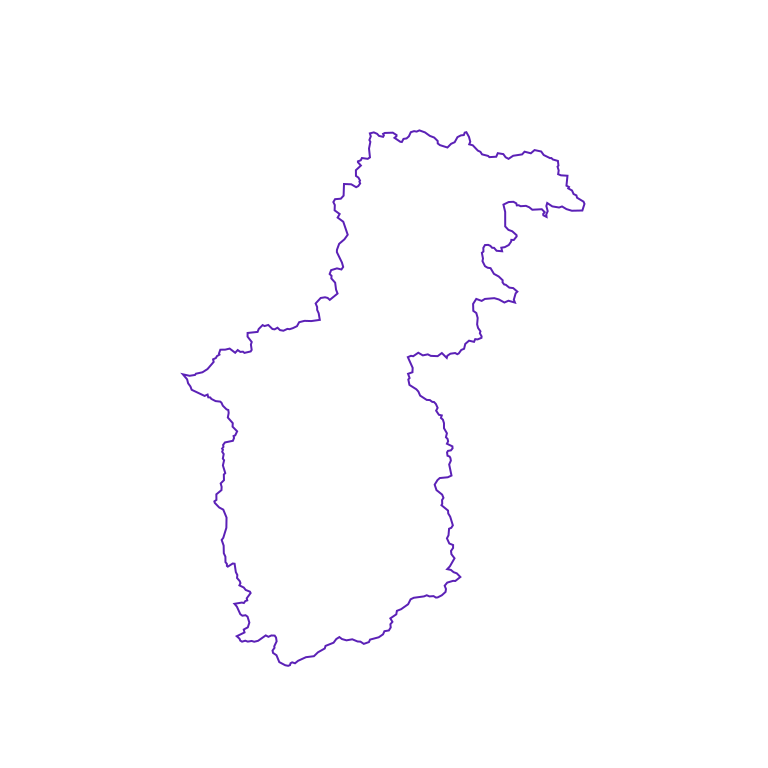 Quispicanchi, Cusco, Peru (Natural Earth projection), rotated 138°
{"feature_id": "86281439B28575146552042", "entity_name": "Quispicanchi", "entity_type": "district", "adm_level": 2, "iso_a3": "PER", "parent_name": "Peru", "parent_adm1": "Cusco", "projection": "natural_earth1", "projection_center": [-71.156, -13.517], "detail": "fine", "context": "isolated", "style": "outline", "palette": "violet", "viewbox_px": 768, "rotation_deg": 138, "n_neighbors": 0, "source": "geoboundaries", "source_scale": "gbopen_adm2", "svg_char_len": 6166}
<svg xmlns="http://www.w3.org/2000/svg" viewBox="0 0 768 768"><g transform="rotate(138 384 384)"><path d="M226.8,579.7L228.1,576.9L231.6,575.1L232.1,573.1L237.6,569.0L242.8,561.8L245.4,562.2L249.2,566.7L251.6,565.8L254.4,566.9L255.0,566.2L255.0,561.8L261.8,561.7L265.6,557.4L264.9,554.5L265.7,551.2L266.9,550.8L267.5,549.0L270.7,548.3L273.0,548.9L274.7,554.3L279.9,559.4L288.0,551.0L292.1,550.6L296.7,554.1L299.9,553.1L300.8,549.9L304.5,546.1L303.2,540.0L307.1,538.7L305.7,531.8L311.1,519.2L316.6,518.0L323.5,518.2L329.2,515.2L330.8,513.5L334.0,502.4L336.0,498.3L339.0,497.6L341.6,501.4L347.1,504.0L350.8,502.1L350.6,499.5L352.5,497.7L352.5,492.0L356.5,486.2L358.0,482.3L368.0,482.8L368.3,485.7L369.8,487.9L373.5,490.3L380.9,489.6L382.2,485.9L384.1,483.8L385.2,480.3L388.8,474.6L395.9,479.4L400.8,484.1L405.7,486.7L410.0,485.2L414.4,486.5L417.5,487.9L418.9,489.6L423.1,490.9L425.2,493.6L425.5,497.1L428.7,497.8L430.1,499.5L430.5,505.3L434.0,507.0L434.8,509.0L440.3,508.7L443.1,507.3L451.2,513.2L453.7,510.5L454.2,503.7L456.5,502.4L459.5,497.9L461.3,497.4L466.9,500.5L467.2,502.4L469.3,504.0L470.0,507.1L473.7,506.8L475.0,513.6L478.9,515.7L482.7,519.0L486.2,517.1L486.6,515.9L489.5,516.5L491.6,515.8L494.5,516.7L495.8,514.4L505.2,513.2L511.1,514.2L516.9,517.5L518.4,517.2L523.0,520.2L527.0,525.8L527.2,519.2L529.1,515.6L529.5,511.7L530.8,508.4L525.3,495.2L522.2,494.2L523.5,491.7L522.1,490.2L522.3,488.5L520.6,484.0L517.5,480.5L517.3,478.9L518.3,475.7L518.0,470.5L517.1,468.9L518.8,466.4L522.5,463.6L522.6,456.1L525.1,453.6L524.8,447.1L528.9,445.4L530.6,446.0L531.6,444.2L534.3,442.9L541.3,447.0L544.3,446.4L545.4,444.7L547.6,444.3L547.7,442.9L549.6,441.9L550.0,439.2L553.7,436.4L553.9,434.3L558.2,431.3L561.6,424.0L563.6,423.9L567.3,419.6L571.9,419.4L573.5,416.2L575.8,413.9L582.4,414.2L586.1,410.0L588.6,410.3L589.3,408.9L589.1,402.5L587.5,398.2L590.4,390.1L597.4,382.6L606.4,377.2L609.0,376.7L611.3,371.2L616.3,365.4L617.4,361.8L621.0,357.7L621.1,355.5L622.5,353.9L622.3,352.8L616.5,351.8L615.3,350.4L620.0,343.3L620.8,340.2L623.0,338.2L623.1,334.0L623.9,332.1L626.2,331.1L624.4,326.6L624.6,323.5L622.6,319.4L623.0,317.9L629.4,316.6L630.4,314.7L632.3,315.5L634.7,315.0L635.9,316.7L642.2,320.7L642.3,317.0L644.8,309.1L644.3,306.6L641.6,304.8L641.1,302.4L643.7,296.8L648.0,294.3L652.5,295.4L653.9,292.7L662.2,295.1L661.8,291.5L662.5,289.5L661.9,287.5L658.9,286.1L657.6,283.7L654.3,281.6L652.9,279.3L649.4,277.4L640.1,276.3L639.1,273.5L636.0,272.5L633.6,270.2L633.9,267.8L636.0,264.6L641.1,262.5L641.9,261.2L645.2,260.5L646.4,258.4L645.4,254.4L647.9,247.4L645.6,241.1L643.8,238.7L642.0,238.0L640.3,239.0L638.5,238.6L637.0,236.0L633.1,235.8L624.8,233.2L618.2,228.6L612.6,228.8L605.0,227.1L602.7,228.5L594.6,225.5L590.1,226.4L586.5,225.8L585.9,222.6L583.4,218.6L578.4,215.5L575.9,210.3L573.9,208.3L572.9,204.4L567.9,202.3L565.4,203.4L557.4,199.3L552.2,198.6L549.1,200.0L545.3,197.6L541.9,198.6L540.0,201.2L536.9,201.6L536.1,205.6L529.0,204.6L526.2,206.8L522.0,205.2L513.4,204.2L508.3,206.2L504.9,205.2L496.4,199.4L493.6,198.4L492.3,195.7L489.1,193.2L488.3,190.5L486.9,189.5L482.4,188.3L477.4,188.3L475.1,190.2L473.9,193.5L469.9,194.1L464.4,191.5L462.8,189.9L456.4,189.5L456.6,194.6L458.2,197.6L458.7,201.1L460.9,204.1L457.1,204.4L448.2,207.3L447.8,212.4L445.9,215.1L442.4,215.9L440.4,218.1L442.2,221.8L440.5,227.2L437.3,228.4L432.5,232.9L430.2,232.1L427.4,232.9L423.6,241.1L422.9,244.8L421.1,247.1L422.4,255.5L420.9,256.0L418.5,258.9L416.0,259.6L414.8,262.9L416.0,270.0L413.7,275.3L408.6,276.8L405.5,276.8L399.0,272.0L395.1,270.8L389.4,280.6L385.6,282.3L384.2,284.5L383.8,286.2L384.8,288.2L382.9,291.0L381.2,291.5L378.7,289.9L376.1,290.3L374.9,291.9L377.2,297.5L374.7,298.5L373.5,300.7L373.6,303.0L370.2,305.3L369.0,311.0L365.6,314.8L364.1,318.1L364.4,320.7L362.1,322.0L363.8,324.4L363.1,329.3L360.1,330.4L358.8,334.5L358.9,337.2L360.1,338.4L360.7,341.4L362.9,343.6L364.9,351.2L363.5,355.4L363.5,358.4L365.7,366.3L362.9,371.1L361.0,371.3L359.3,375.5L355.0,373.7L351.9,376.8L348.3,388.0L345.1,386.9L343.7,385.1L337.6,384.3L336.0,379.3L331.6,376.7L330.4,373.6L325.5,368.8L320.3,368.3L319.9,361.4L318.0,362.6L314.4,362.1L310.4,359.4L309.6,357.1L308.0,356.7L303.8,357.6L300.9,356.6L296.8,359.4L291.8,359.3L288.9,355.1L286.2,356.3L284.6,354.5L280.7,353.1L279.6,354.1L278.8,357.6L277.1,358.6L276.6,362.7L274.9,366.0L270.2,370.4L267.9,375.0L268.7,378.6L264.2,383.9L258.5,385.5L255.8,380.4L252.1,379.7L244.6,374.0L242.1,370.0L240.0,364.0L235.8,362.6L232.2,356.9L231.1,359.8L225.5,363.3L223.1,363.4L223.8,368.8L226.4,371.8L227.1,376.2L228.1,377.6L227.9,380.2L226.4,381.7L226.8,387.1L228.6,392.3L227.3,398.8L229.2,401.1L230.1,404.0L228.6,409.4L226.5,411.0L223.5,416.0L221.5,415.9L219.1,418.7L216.0,419.7L213.5,417.7L212.5,415.5L212.5,412.9L211.1,411.5L211.2,407.7L207.4,403.6L205.6,406.8L202.7,404.9L198.3,403.8L194.2,404.8L192.9,405.9L191.2,404.2L186.7,404.9L185.9,405.9L186.5,411.7L188.4,415.3L188.5,420.0L178.8,430.8L175.2,437.4L169.6,435.8L165.9,432.8L164.8,429.7L165.8,427.9L164.3,426.7L163.5,424.7L159.3,421.4L157.8,418.1L157.2,414.3L149.8,408.3L149.6,404.2L152.0,403.8L152.7,402.7L151.4,399.4L150.0,401.4L146.7,402.9L144.3,407.6L141.6,409.3L140.1,403.4L135.8,398.0L132.9,396.8L131.4,391.9L128.5,387.1L120.5,380.2L114.5,383.7L113.7,386.0L115.9,393.3L114.8,395.4L116.0,398.3L114.8,402.0L116.2,406.1L114.7,406.6L115.7,409.3L108.3,416.0L112.9,420.7L114.2,423.4L111.3,425.8L109.6,429.4L108.2,429.6L105.5,433.4L108.3,437.9L108.4,439.9L109.5,440.8L112.1,447.3L111.6,451.6L115.6,457.1L120.5,457.2L124.1,462.6L127.7,462.2L135.3,467.2L140.8,468.0L141.9,471.1L141.5,475.0L145.0,479.4L148.5,477.8L153.9,482.1L154.0,483.8L157.5,489.1L157.0,492.0L158.1,494.7L158.3,502.0L160.3,505.1L157.8,506.3L155.5,510.8L154.3,516.0L155.8,516.8L158.1,515.6L160.5,517.3L164.2,518.3L169.7,516.4L173.4,517.6L178.6,517.3L182.6,524.1L183.1,526.8L181.5,528.7L181.8,533.6L183.9,537.7L185.2,543.6L188.0,548.8L190.8,549.7L192.5,551.8L195.6,553.2L199.8,551.4L202.9,551.4L205.5,553.1L208.8,551.9L209.8,553.1L211.5,559.9L209.0,559.8L208.1,560.6L209.3,564.9L215.4,570.0L217.3,570.5L217.8,568.8L219.3,568.3L221.7,571.7L221.7,574.5L223.2,577.8L226.8,579.7Z" fill="none" stroke="#5b21b6" stroke-width="2"/></g></svg>